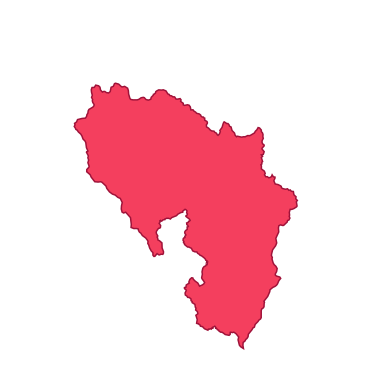 Samana, Caldas, Colombia (Albers equal-area conic projection), rotated 133°
{"feature_id": "7082276B26137922991346", "entity_name": "Samana", "entity_type": "district", "adm_level": 2, "iso_a3": "COL", "parent_name": "Colombia", "parent_adm1": "Caldas", "projection": "albers", "projection_center": [-74.983, 5.535], "detail": "fine", "context": "isolated", "style": "filled", "palette": "rose", "viewbox_px": 384, "rotation_deg": 133, "n_neighbors": 0, "source": "geoboundaries", "source_scale": "gbopen_adm2", "svg_char_len": 6068}
<svg xmlns="http://www.w3.org/2000/svg" viewBox="0 0 384 384"><g transform="rotate(133 192 192)"><path d="M213.2,322.6L217.1,325.1L219.6,324.2L221.9,324.7L222.7,323.3L224.4,322.8L224.8,320.9L225.4,319.7L225.1,318.0L225.6,316.0L225.5,312.8L226.2,310.5L227.6,307.8L227.7,305.0L228.3,303.4L231.6,299.4L233.0,296.1L233.4,295.9L234.4,296.5L234.9,296.3L236.3,292.4L238.0,291.5L239.1,289.4L241.6,288.1L243.3,284.8L244.3,284.3L247.3,284.3L249.0,282.8L248.8,278.3L249.9,275.8L250.8,270.1L248.8,267.5L246.8,265.8L246.3,264.6L246.3,259.0L247.5,256.7L248.2,252.4L247.8,248.8L246.6,246.0L246.5,242.6L245.6,240.1L247.3,235.8L250.1,234.2L252.7,232.1L254.4,229.4L254.0,227.7L252.0,226.7L252.7,219.5L257.1,214.3L259.5,212.4L258.4,209.6L256.5,207.6L255.7,206.2L256.7,204.7L257.2,203.0L257.0,201.4L257.7,198.6L257.2,194.5L257.7,191.6L258.1,190.5L259.9,189.1L260.1,187.8L261.8,184.9L262.9,181.6L263.0,179.3L264.9,177.4L265.1,175.9L264.4,175.3L260.9,175.5L260.6,173.4L260.1,172.8L258.7,172.3L257.5,170.8L256.3,171.1L255.1,172.1L253.3,175.7L249.7,179.3L249.8,182.5L250.3,184.2L249.1,185.7L248.7,186.8L247.5,187.0L246.8,189.4L245.9,190.7L244.6,191.3L241.4,191.7L240.3,190.9L239.5,190.9L237.9,192.1L237.3,194.7L236.2,194.7L234.9,195.9L234.2,195.6L234.5,194.9L234.0,194.3L232.2,194.2L230.6,193.0L230.2,193.4L228.5,192.6L227.2,191.2L226.5,189.4L224.6,189.4L219.9,187.2L217.7,187.2L214.6,186.1L213.1,185.0L212.4,185.7L209.4,185.3L209.1,184.5L209.2,182.8L210.9,181.7L211.2,180.3L212.5,179.9L213.2,180.2L213.3,179.8L214.0,179.7L213.6,175.3L214.0,174.0L215.2,174.0L215.7,174.5L216.9,174.1L218.3,174.8L219.4,173.5L219.2,172.4L219.8,171.1L220.9,171.7L222.6,170.0L224.6,170.4L226.3,170.0L227.3,168.7L227.3,167.6L227.8,167.1L229.4,167.0L230.1,166.1L231.4,166.7L232.3,166.5L233.6,165.4L233.7,164.2L234.8,163.7L234.9,162.2L235.4,161.8L235.5,161.1L235.3,158.3L235.1,157.4L234.5,157.0L233.6,154.0L234.6,151.3L233.8,149.1L232.5,147.5L233.0,146.2L232.6,144.0L232.8,142.9L232.2,141.7L231.9,138.5L231.9,136.8L232.5,135.4L232.1,134.2L233.8,133.2L232.8,132.8L234.8,131.4L235.5,132.0L236.6,131.6L238.3,132.3L240.4,132.1L243.6,130.2L245.0,128.4L248.1,126.5L248.6,125.6L249.5,121.1L251.2,120.7L253.0,121.1L255.7,122.3L254.6,125.7L255.0,128.7L254.9,131.6L254.3,132.8L255.0,133.8L257.4,134.0L260.0,132.9L260.4,131.9L263.9,132.8L265.9,131.5L266.9,132.3L267.4,132.2L267.8,131.2L267.6,129.7L268.0,129.0L270.6,128.2L271.9,126.6L271.6,124.9L272.0,123.3L271.0,122.0L270.9,119.8L272.1,118.6L272.0,117.1L272.8,116.5L272.2,113.2L274.0,111.0L274.2,109.9L275.8,108.9L275.8,106.5L276.8,105.0L277.1,104.7L279.5,105.1L281.7,101.2L284.9,99.1L284.6,98.2L283.8,97.5L284.1,96.6L283.8,95.2L284.4,94.3L283.3,92.5L283.5,89.6L282.2,86.1L281.1,86.5L280.6,85.8L279.5,85.4L279.2,84.4L277.7,84.7L277.9,84.2L277.4,83.8L276.6,84.4L274.6,83.8L274.8,82.3L275.5,81.7L275.0,81.1L275.4,79.4L274.9,78.3L275.3,77.5L275.0,75.5L274.1,74.4L273.8,72.9L273.6,70.5L271.5,67.1L270.1,67.0L268.6,68.3L268.0,67.9L267.3,66.6L266.0,65.8L265.6,63.3L266.2,59.0L268.7,57.5L271.7,52.9L272.0,51.0L271.4,47.6L269.4,50.2L267.1,52.0L265.0,51.6L263.2,52.1L261.6,51.9L259.6,52.3L257.6,53.8L251.8,54.2L249.9,54.7L248.3,54.2L245.8,55.5L241.7,55.4L240.1,55.7L238.1,55.3L236.7,55.7L231.4,60.6L229.9,61.2L228.0,60.8L226.8,61.1L224.1,63.4L223.2,63.8L222.8,64.9L216.8,65.4L212.0,67.1L210.2,68.3L206.6,67.8L204.4,66.9L202.6,66.6L200.9,66.8L197.6,68.0L194.7,68.2L194.3,69.8L195.9,73.0L195.9,74.5L194.8,75.3L192.6,75.8L189.9,77.5L189.1,80.0L189.1,82.5L188.4,84.5L186.4,87.8L185.1,88.6L184.3,90.6L182.9,91.6L179.3,93.6L174.3,94.2L171.5,95.3L168.7,99.1L162.1,101.3L159.3,104.3L157.4,105.5L155.6,104.8L154.7,102.9L153.9,102.2L149.0,101.9L147.7,102.7L146.4,102.0L144.3,102.6L143.6,104.2L142.3,104.9L140.6,106.9L137.7,108.4L136.7,107.2L134.7,106.2L131.6,105.4L130.6,105.6L128.0,109.0L126.3,109.2L126.2,111.5L124.5,112.7L124.6,114.9L124.3,115.9L122.5,118.2L123.7,119.8L123.5,121.6L124.7,122.3L124.5,124.3L126.3,125.6L127.7,128.2L127.8,129.5L127.0,130.6L127.2,131.8L127.9,134.2L129.4,136.6L128.0,139.8L125.2,140.8L124.5,141.5L125.4,142.8L124.8,145.1L126.6,144.4L128.4,144.9L129.3,145.7L129.4,147.3L130.5,148.4L130.0,150.7L128.5,151.1L127.4,153.3L127.8,157.0L125.6,159.0L125.1,160.2L123.9,160.0L122.6,161.2L121.6,161.1L119.5,164.8L117.8,164.7L117.6,166.6L115.9,165.5L113.3,166.7L112.8,170.1L112.3,170.6L109.0,170.7L108.4,171.5L108.6,173.3L107.8,174.8L106.6,175.7L104.1,176.5L103.4,177.7L101.5,179.3L100.7,180.8L100.5,182.5L99.4,183.6L99.1,186.3L99.8,187.6L102.2,187.0L104.5,187.1L106.2,186.6L111.3,188.1L112.8,189.8L115.6,190.9L116.1,191.7L118.1,193.2L120.2,196.8L121.2,197.1L121.1,199.1L119.9,201.1L119.7,204.7L117.8,207.8L118.3,209.4L117.6,210.7L117.4,212.4L118.2,213.2L118.7,216.2L119.2,216.4L120.8,215.8L124.2,214.1L128.0,213.6L128.6,212.4L131.0,211.5L132.8,211.6L132.9,212.5L132.3,214.3L132.8,216.1L132.5,217.4L133.9,219.3L134.2,220.8L134.0,223.6L134.5,225.7L133.1,227.3L131.5,227.5L130.8,228.0L130.2,229.1L130.8,231.7L129.3,233.1L129.7,234.0L129.4,234.7L130.2,235.6L130.3,237.4L129.8,238.2L130.0,240.1L131.3,242.3L131.1,243.8L131.5,245.8L131.2,247.3L132.7,248.8L130.9,251.3L130.5,253.3L131.3,254.8L133.7,256.5L134.2,257.8L133.1,258.9L133.5,262.1L132.1,262.8L131.8,264.4L134.2,266.1L134.9,267.1L134.3,269.6L135.5,271.0L135.6,272.5L136.6,274.0L136.2,275.3L136.7,276.2L136.6,277.1L135.8,280.0L136.9,282.8L138.0,283.5L140.0,286.0L142.3,286.8L143.4,286.9L144.5,286.2L146.6,286.5L146.9,286.8L147.7,286.3L150.6,286.4L152.3,285.4L154.6,286.6L155.8,288.9L155.5,291.2L156.0,292.2L157.8,293.5L160.3,294.0L162.0,294.9L164.8,297.9L166.1,300.0L165.9,301.2L163.6,305.1L161.2,307.7L160.0,309.9L160.7,313.3L162.5,314.5L163.1,315.4L163.1,319.2L164.6,322.1L165.6,322.6L168.3,321.6L170.6,322.6L174.3,320.3L176.4,320.5L177.7,322.4L177.9,324.3L178.6,325.1L180.0,325.7L179.8,328.4L178.1,330.8L178.0,332.7L179.5,335.3L182.1,334.8L183.8,336.4L185.9,335.4L187.5,333.6L189.3,330.8L191.3,330.0L192.1,327.8L193.3,327.1L194.2,325.6L194.8,323.2L195.8,322.5L197.6,322.4L201.9,323.7L203.4,323.3L205.4,321.9L207.1,321.6L208.5,320.7L210.6,320.3L213.2,322.6Z" fill="#f43f5e" stroke="#9f1239" stroke-width="1.5"/></g></svg>